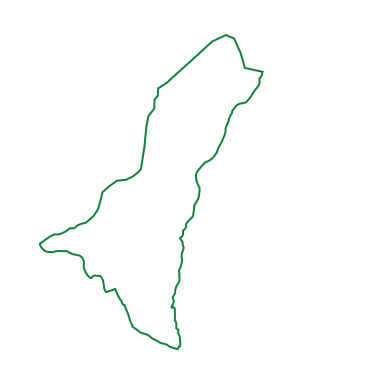 the district of Mayo-Danay, Extrême-Nord, Cameroon, rotated 42°
{"feature_id": "32672807B23743986432811", "entity_name": "Mayo-Danay", "entity_type": "district", "adm_level": 2, "iso_a3": "CMR", "parent_name": "Cameroon", "parent_adm1": "Extrême-Nord", "projection": "equal_earth", "projection_center": [15.187, 10.47], "detail": "fine", "context": "isolated", "style": "outline", "palette": "green", "viewbox_px": 384, "rotation_deg": 42, "n_neighbors": 0, "source": "geoboundaries", "source_scale": "gbopen_adm2", "svg_char_len": 2814}
<svg xmlns="http://www.w3.org/2000/svg" viewBox="0 0 384 384"><g transform="rotate(42 192 192)"><path d="M97.5,137.6L102.1,143.2L102.4,148.5L108.1,155.1L108.8,164.6L113.9,173.3L122.2,184.6L126.5,190.4L138.7,209.1L138.7,211.6L138.7,214.0L137.5,220.4L134.8,227.1L128.7,233.8L126.6,243.4L125.6,251.9L130.4,260.9L133.7,267.6L134.9,275.6L133.7,285.8L131.2,289.4L129.4,293.0L128.7,297.6L125.6,300.7L124.3,306.5L121.7,312.3L117.9,315.9L115.9,321.0L113.6,332.2L115.1,333.4L118.5,334.2L122.3,334.2L123.3,333.8L124.5,333.2L127.5,331.0L128.3,330.1L128.9,329.8L130.2,327.5L133.0,324.5L135.2,322.8L138.4,319.8L140.2,319.2L141.3,319.2L144.3,318.3L150.8,314.6L151.3,314.3L153.0,314.3L154.1,314.2L154.7,314.2L155.3,314.6L157.6,315.7L159.8,317.5L161.2,319.7L164.1,321.9L165.3,322.0L167.1,323.2L168.0,323.1L170.3,323.8L173.8,324.0L174.7,323.1L174.8,320.6L175.7,319.0L177.0,318.2L179.8,316.0L181.8,316.0L185.0,317.3L189.8,321.0L190.8,322.2L193.6,323.5L195.3,323.8L199.8,315.5L202.8,316.9L205.2,318.1L208.8,319.4L213.1,320.5L214.1,321.2L215.5,321.7L217.8,321.6L217.8,321.4L219.6,322.1L221.1,323.4L222.2,323.5L226.0,325.4L233.3,329.6L235.5,330.4L237.4,331.7L238.4,331.9L241.1,331.5L245.1,331.2L248.6,330.7L249.8,330.0L251.0,329.4L255.2,327.6L260.0,327.5L265.4,326.1L268.4,325.5L270.4,324.9L274.9,322.4L275.9,322.2L278.6,321.9L281.6,320.8L285.3,319.0L286.5,318.4L286.3,317.9L285.7,314.6L285.7,314.2L285.9,314.2L284.9,312.6L279.8,307.8L278.8,307.3L276.0,306.0L274.0,303.5L271.6,303.9L268.6,300.4L266.6,299.2L265.0,298.8L263.3,296.7L261.4,294.6L257.6,290.6L256.7,289.9L255.1,290.3L254.5,291.5L253.6,290.9L253.0,288.4L252.0,285.8L249.7,284.0L248.3,283.5L247.1,278.4L245.1,276.1L243.6,272.9L242.6,267.8L241.6,265.6L239.0,263.2L236.4,260.2L235.5,259.9L234.8,258.7L233.4,254.6L230.3,249.1L227.4,247.0L225.2,243.7L224.5,241.7L223.9,240.5L223.0,238.8L220.9,237.8L219.7,236.6L218.0,235.4L214.2,234.4L213.9,233.4L214.5,232.0L213.7,229.3L211.5,227.1L211.1,226.1L211.7,224.0L210.9,222.0L209.6,220.7L208.9,219.3L208.8,214.7L209.0,209.9L208.6,208.7L205.9,204.8L205.0,203.3L202.8,200.6L202.2,198.0L201.4,193.5L200.8,191.9L196.7,185.8L194.5,183.6L193.3,183.3L189.5,181.6L187.2,180.1L185.0,178.3L183.5,176.5L182.4,174.2L182.0,170.9L181.9,167.0L182.0,161.1L182.9,159.4L184.1,156.1L184.6,152.3L184.0,146.1L183.1,144.1L181.8,140.5L181.1,137.0L180.1,133.1L179.3,132.1L178.7,129.3L176.8,125.1L174.7,122.6L173.7,120.8L172.2,115.8L170.2,112.1L169.5,110.0L169.3,108.5L168.7,106.3L167.6,104.7L167.4,103.1L167.3,97.9L167.7,96.0L168.6,94.0L169.9,92.7L170.0,92.0L171.3,90.7L172.2,88.9L172.0,82.0L170.9,76.6L170.5,70.9L170.2,67.6L168.5,64.8L166.3,62.8L166.0,59.2L165.3,57.5L164.8,56.8L164.5,56.4L164.1,55.9L164.0,55.5L148.3,64.4L135.0,56.1L120.6,49.8L112.2,52.6L106.3,66.6L104.7,83.0L100.1,128.2L97.5,137.6Z" fill="none" stroke="#15803d" stroke-width="2"/></g></svg>